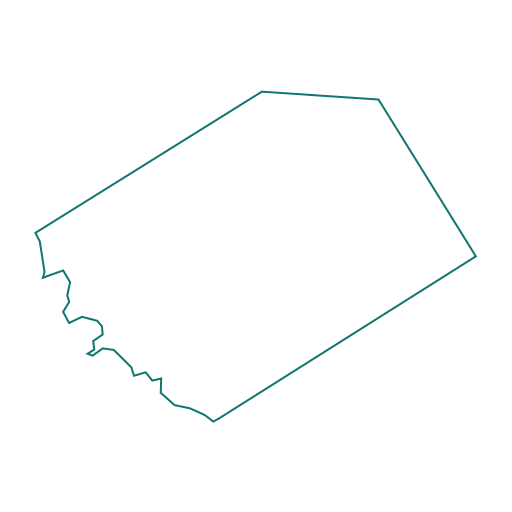 outline of Navarro, Texas, United States of America, rotated 178°
{"feature_id": "52423323B81183293432055", "entity_name": "Navarro", "entity_type": "district", "adm_level": 2, "iso_a3": "USA", "parent_name": "United States of America", "parent_adm1": "Texas", "projection": "albers", "projection_center": [-96.239, 32.063], "detail": "fine", "context": "isolated", "style": "outline", "palette": "teal", "viewbox_px": 512, "rotation_deg": 178, "n_neighbors": 0, "source": "geoboundaries", "source_scale": "gbopen_adm2", "svg_char_len": 594}
<svg xmlns="http://www.w3.org/2000/svg" viewBox="0 0 512 512"><g transform="rotate(178 256 256)"><path d="M244.5,420.0L475.7,286.8L471.6,278.3L467.9,247.4L469.7,241.7L461.6,244.4L449.2,248.2L442.7,236.3L446.0,223.2L444.3,216.7L450.7,206.9L445.2,195.6L431.9,201.3L417.0,196.8L412.4,191.1L412.0,182.9L421.7,176.7L420.9,168.2L427.7,164.2L422.8,162.1L412.4,169.0L401.4,167.1L384.5,149.1L382.1,140.6L370.3,143.6L364.0,135.1L355.0,136.9L356.0,122.6L342.6,109.8L327.4,106.1L312.7,98.8L304.4,92.0L298.2,95.2L36.3,248.0L128.1,408.1L244.5,420.0Z" fill="none" stroke="#0f766e" stroke-width="2"/></g></svg>